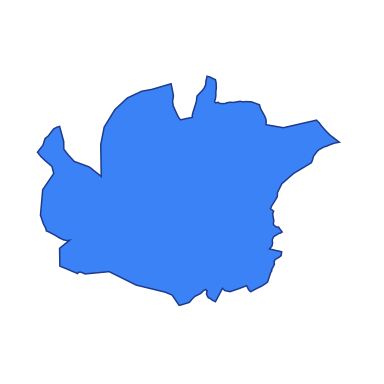 the district of Ikeduru, Imo, Nigeria, rotated 351°
{"feature_id": "59680162B47841916602322", "entity_name": "Ikeduru", "entity_type": "district", "adm_level": 2, "iso_a3": "NGA", "parent_name": "Nigeria", "parent_adm1": "Imo", "projection": "orthographic", "projection_center": [7.171, 5.555], "detail": "fine", "context": "isolated", "style": "filled", "palette": "blue", "viewbox_px": 384, "rotation_deg": 351, "n_neighbors": 0, "source": "geoboundaries", "source_scale": "gbopen_adm2", "svg_char_len": 2722}
<svg xmlns="http://www.w3.org/2000/svg" viewBox="0 0 384 384"><g transform="rotate(351 192 192)"><path d="M272.3,116.4L264.7,112.2L263.2,111.9L259.9,111.2L258.9,111.1L257.0,111.0L255.7,110.7L254.4,110.2L253.5,109.9L251.3,110.0L247.2,110.0L245.1,109.7L244.2,109.3L242.7,109.3L240.7,109.3L238.5,109.8L236.8,109.6L234.0,109.1L233.1,108.8L232.2,107.8L231.8,107.4L229.5,107.8L228.3,106.3L229.2,104.6L230.0,102.8L230.7,100.2L231.3,96.4L232.1,93.9L232.5,91.7L232.9,88.0L232.7,84.6L231.7,84.2L230.6,83.3L229.1,82.2L227.2,81.0L225.0,80.0L223.2,84.4L222.4,87.9L220.5,91.0L218.4,93.1L214.4,96.1L212.3,97.7L211.5,99.3L210.7,102.7L209.3,105.7L206.0,112.3L204.3,116.0L204.2,117.0L204.1,118.3L202.3,118.4L198.8,118.5L194.7,118.8L191.8,118.9L190.1,115.5L189.0,111.7L186.9,103.9L187.0,99.5L188.7,94.3L188.7,91.6L188.3,81.8L168.2,84.4L158.1,84.6L142.9,89.0L128.8,98.5L115.4,114.2L109.3,130.8L104.8,162.4L94.6,151.3L80.4,143.3L75.4,135.8L72.1,129.7L73.2,122.0L71.5,106.5L68.6,106.9L65.5,107.9L63.7,109.4L58.8,114.2L55.3,116.1L52.1,122.5L45.6,128.5L48.2,133.2L51.9,138.1L57.7,144.9L58.3,152.1L44.9,166.4L38.7,191.2L40.2,199.9L42.0,205.5L42.0,207.6L44.7,209.3L47.2,211.2L50.3,213.5L53.6,216.4L57.5,219.1L61.1,220.5L63.5,220.5L52.4,226.9L49.9,244.6L55.8,248.1L62.1,252.1L64.2,253.3L66.1,254.7L67.4,253.5L69.3,253.7L70.4,254.1L73.6,256.2L97.7,257.7L122.3,275.2L149.8,286.7L156.3,290.7L161.5,301.9L163.2,301.9L172.1,300.6L174.0,299.0L175.7,297.5L178.6,295.5L181.6,294.6L184.6,293.6L187.2,291.8L187.7,291.4L188.3,291.1L189.1,290.7L190.2,290.4L190.2,290.8L190.5,291.1L191.6,291.9L191.1,292.5L191.0,293.2L190.7,294.1L190.3,294.9L190.5,295.9L191.0,296.9L190.9,297.5L191.5,298.3L191.5,298.9L193.1,299.8L195.0,301.9L198.0,304.0L204.9,294.8L207.0,291.9L209.0,294.5L213.9,296.4L222.6,294.9L231.3,293.1L232.5,297.0L233.4,298.6L234.4,299.7L241.2,297.3L245.6,296.0L249.9,294.2L252.6,292.7L257.1,283.9L258.5,282.3L258.3,281.5L262.1,276.3L262.3,273.1L264.1,271.5L268.0,270.0L270.1,268.8L271.2,265.1L259.6,260.3L262.4,258.0L263.5,255.5L263.8,251.7L265.7,248.9L271.3,246.5L272.7,246.5L274.8,245.6L273.8,243.7L273.5,243.2L272.9,242.2L272.0,240.1L270.8,240.1L269.0,239.1L267.3,236.8L267.6,235.3L268.3,233.3L268.3,230.5L268.2,229.1L268.3,226.1L269.6,223.7L266.9,220.8L268.6,218.1L272.2,214.0L275.4,210.2L276.2,206.9L276.2,206.1L282.0,197.9L295.2,189.6L314.4,181.8L315.7,179.8L317.3,176.4L317.9,175.3L319.1,174.2L321.5,171.9L323.9,170.1L325.7,169.5L328.3,168.5L330.0,168.0L331.9,167.9L333.0,167.6L334.9,167.1L336.5,166.7L338.2,166.4L340.3,166.0L345.3,165.9L337.3,157.5L333.7,152.5L330.2,147.0L328.5,143.7L326.2,140.5L292.3,142.8L275.6,137.1L276.4,133.4L276.3,130.9L275.6,128.2L272.8,120.4L272.3,116.4Z" fill="#3b82f6" stroke="#1e3a8a" stroke-width="1.5"/></g></svg>